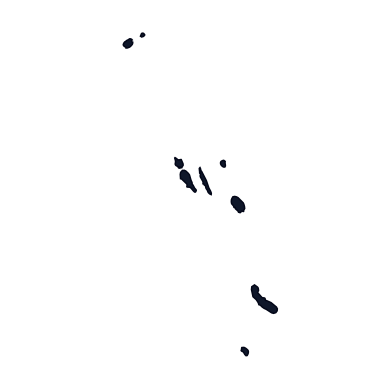 map outline of Azores (Albers equal-area conic projection), rotated 42°
{"feature_id": "PRT-735", "entity_name": "Azores", "entity_type": "Autonomous region", "adm_level": 1, "iso_a3": "PRT", "parent_name": "Portugal", "parent_adm1": "", "projection": "albers", "projection_center": [-27.949, 38.331], "detail": "fine", "context": "isolated", "style": "filled", "palette": "ink", "viewbox_px": 384, "rotation_deg": 42, "n_neighbors": 0, "source": "natural_earth", "source_scale": "10m", "svg_char_len": 3173}
<svg xmlns="http://www.w3.org/2000/svg" viewBox="0 0 384 384"><g transform="rotate(42 192 192)"><path d="M331.7,221.0L333.6,221.7L334.8,223.4L335.0,225.6L333.8,227.6L332.0,228.5L325.7,229.5L323.5,230.2L321.2,230.5L319.0,230.4L317.9,230.6L317.1,231.0L315.8,230.2L314.5,229.7L311.7,229.0L307.4,229.0L301.5,224.7L299.8,222.4L300.6,219.2L304.3,218.8L305.5,219.1L307.2,220.5L307.5,221.0L307.6,221.7L307.8,222.3L308.0,222.7L308.4,222.9L314.6,223.6L315.3,223.3L316.5,222.4L317.2,222.2L317.6,222.3L318.7,223.1L319.2,223.4L319.9,222.9L324.8,221.3L331.7,221.0ZM191.4,187.4L193.5,187.6L194.3,188.2L194.6,189.7L194.0,190.3L192.5,190.3L188.8,189.8L187.7,189.8L186.8,190.2L185.0,191.6L184.4,191.3L184.0,190.5L183.4,189.8L182.4,189.5L175.6,189.3L174.6,189.8L171.5,186.8L170.4,185.0L170.4,182.3L171.8,181.0L173.4,180.5L176.8,180.6L178.7,181.0L183.5,184.0L185.2,184.7L185.3,184.8L185.8,185.0L186.7,185.9L187.2,186.1L188.2,186.2L191.4,187.4ZM243.3,172.0L243.0,172.3L242.0,172.7L241.7,172.9L241.6,173.4L241.8,174.5L241.7,175.0L241.4,175.3L240.1,175.9L238.9,175.4L235.6,175.4L234.5,174.6L233.9,175.3L233.4,175.3L232.2,174.6L231.0,174.4L229.8,174.3L228.7,173.8L227.5,172.7L226.5,171.4L226.0,170.1L225.6,168.2L226.7,166.7L228.4,165.8L230.0,165.4L237.3,165.8L238.7,166.4L240.6,167.6L242.2,169.0L242.5,170.2L242.3,170.8L242.7,171.1L243.2,171.5L243.3,172.0ZM201.8,177.7L205.4,179.0L207.2,180.0L208.0,181.1L207.2,181.4L206.3,181.6L204.4,181.5L203.7,181.2L202.1,180.4L200.6,180.1L199.8,179.8L199.1,179.3L198.4,178.8L197.7,178.4L196.4,178.6L195.6,178.1L194.9,178.6L194.5,178.4L193.7,177.3L193.0,176.9L188.1,175.2L187.3,174.6L186.3,173.0L186.0,172.7L185.6,172.8L185.4,172.9L185.2,172.9L184.8,172.7L184.7,172.5L184.8,172.2L184.7,172.0L184.3,171.9L183.9,171.7L181.7,169.7L181.6,169.3L181.6,168.5L182.4,168.8L184.0,169.9L184.7,170.2L185.5,170.3L195.0,173.9L201.8,177.7ZM45.5,119.8L45.9,120.2L46.5,120.5L47.1,120.6L47.7,120.3L48.6,121.5L48.9,122.5L48.9,125.1L48.5,126.5L47.6,128.2L46.6,129.2L45.8,128.6L44.9,129.0L43.9,129.1L42.9,128.9L42.3,128.5L41.9,127.6L41.6,126.4L41.6,125.3L42.1,124.7L41.9,123.7L42.2,122.8L42.6,121.9L42.9,120.7L43.2,119.8L44.0,119.2L45.0,118.9L45.8,119.0L45.5,119.8ZM167.5,178.0L168.1,180.8L167.8,180.8L166.3,181.5L165.8,181.8L166.1,182.2L166.2,182.4L166.4,182.5L166.8,182.6L166.2,183.0L165.6,183.0L164.5,182.6L163.9,182.7L162.5,183.0L161.9,183.0L160.8,182.5L159.6,180.6L158.6,179.7L156.4,178.3L156.4,177.8L158.0,177.5L159.4,177.5L160.0,177.4L160.6,177.1L161.0,176.7L161.8,175.5L162.3,175.1L166.4,177.0L167.5,178.0ZM339.6,272.2L340.6,272.8L341.5,273.9L342.1,275.3L342.4,276.6L341.7,277.5L340.0,277.4L337.2,276.5L335.6,277.0L334.7,277.0L334.4,276.4L334.0,275.6L333.4,274.9L333.1,274.3L333.6,273.7L334.6,272.7L336.3,272.2L338.2,272.1L339.6,272.2ZM197.4,152.6L196.4,152.6L195.4,152.4L194.5,152.0L193.7,151.3L193.2,150.3L193.2,149.4L194.0,147.6L194.5,147.2L195.0,147.1L195.5,147.2L196.0,147.6L196.3,147.2L197.0,148.2L198.6,149.5L199.4,150.3L199.7,151.4L199.1,152.1L198.2,152.5L197.4,152.6ZM50.2,106.5L51.8,106.9L51.9,108.7L50.9,110.5L49.4,110.7L49.3,110.3L48.6,108.4L48.5,108.1L48.6,107.5L49.1,106.9L49.6,106.6L50.2,106.5Z" fill="#0f172a" stroke="#020617" stroke-width="1.5"/></g></svg>